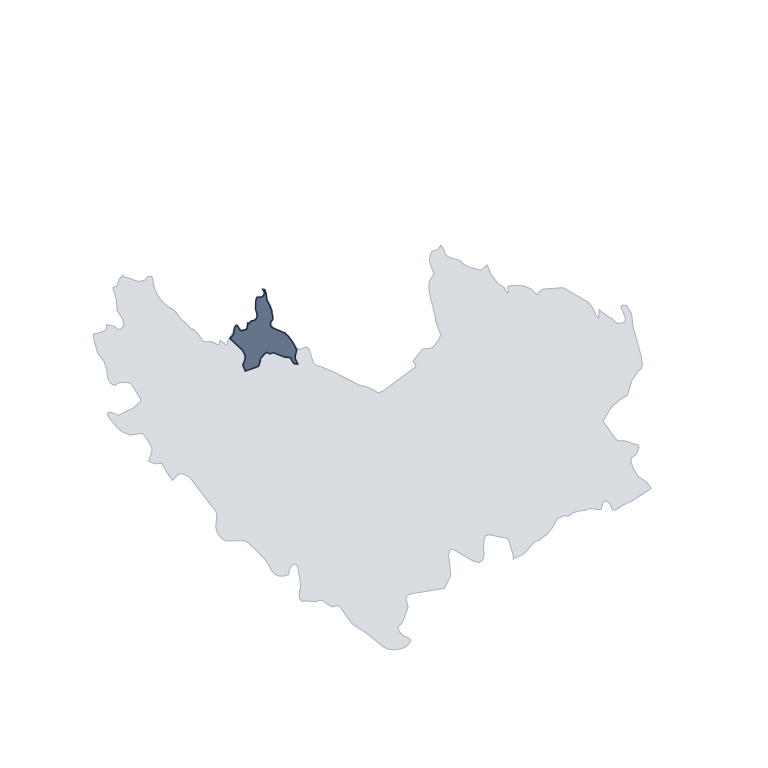 location of Guéckédou within Guinea, rotated 144°
{"feature_id": "GIN-5640", "entity_name": "Guéckédou", "entity_type": "Prefecture", "adm_level": 1, "iso_a3": "GIN", "parent_name": "Guinea", "parent_adm1": "", "projection": "equal_earth", "projection_center": [-10.351, 8.727], "detail": "fine", "context": "in_parent", "style": "filled", "palette": "slate", "viewbox_px": 768, "rotation_deg": 144, "n_neighbors": 0, "source": "natural_earth", "source_scale": "10m", "svg_char_len": 5333}
<svg xmlns="http://www.w3.org/2000/svg" viewBox="0 0 768 768"><g transform="rotate(144 384 384)"><path d="M454.8,512.8L449.8,511.9L447.5,513.2L440.8,523.7L436.7,527.9L430.5,526.6L428.2,527.3L426.6,526.1L428.9,520.3L432.1,508.8L440.3,497.3L440.5,494.9L437.1,488.1L433.6,478.9L433.6,469.0L432.9,461.9L425.6,459.9L424.3,458.7L424.1,456.3L428.2,444.0L428.5,441.5L428.0,439.3L423.5,433.0L416.6,421.4L404.6,397.5L400.1,392.5L395.8,385.2L394.2,380.6L389.7,378.9L347.8,379.2L347.0,385.4L332.6,389.6L323.7,384.8L313.8,387.6L309.0,390.8L305.2,404.7L303.1,407.7L301.0,414.0L299.0,417.4L296.8,424.3L292.1,434.1L287.2,440.4L278.7,443.8L276.1,454.1L274.2,458.0L270.9,461.0L267.4,463.0L260.6,461.0L256.7,462.8L256.1,460.2L258.3,452.0L256.5,447.8L250.0,439.3L249.4,435.2L247.4,429.9L238.7,419.0L230.6,419.7L232.9,410.5L232.8,398.4L230.1,391.8L230.8,385.0L229.3,385.4L226.6,390.1L222.3,388.6L213.4,381.4L209.1,374.4L208.5,368.4L207.6,366.1L204.8,367.3L199.3,367.2L182.5,356.6L170.6,330.0L170.4,323.9L172.2,313.6L171.8,310.8L166.2,317.7L165.2,313.1L161.1,302.4L159.9,296.2L155.9,293.5L152.6,293.0L150.1,295.0L146.8,307.5L144.3,307.5L141.8,304.8L142.4,295.5L148.9,283.8L159.9,254.4L163.8,247.6L166.3,245.3L171.4,245.0L181.4,241.1L193.7,231.9L203.1,232.6L214.2,231.5L228.7,225.2L228.9,205.4L228.4,201.0L223.3,197.1L220.3,193.7L217.8,189.3L214.7,186.2L214.8,182.9L221.2,178.7L227.1,178.8L229.0,177.1L230.5,174.3L232.2,167.2L232.8,159.7L229.0,149.7L229.3,142.5L250.4,143.5L262.0,145.5L271.5,146.1L273.1,147.7L271.7,154.6L272.9,158.7L276.1,159.8L281.5,155.0L284.3,156.1L290.2,162.1L295.7,163.7L301.7,167.0L307.4,168.8L312.4,168.5L316.2,171.9L323.3,173.0L332.4,168.7L339.6,166.8L349.7,166.3L354.9,167.8L370.3,164.3L382.4,166.3L380.5,168.6L374.9,184.4L375.6,187.2L387.8,200.5L390.7,201.5L394.1,199.7L399.4,193.5L403.5,186.8L407.5,183.6L412.2,183.8L416.0,188.5L424.7,208.3L426.9,210.8L429.0,210.8L432.8,207.1L434.7,202.8L442.8,189.7L455.3,183.2L485.1,198.2L489.5,199.3L492.0,198.2L495.7,189.3L507.0,181.7L512.3,179.6L515.4,179.4L516.6,177.0L517.1,173.4L516.5,169.6L513.0,162.9L512.9,160.9L514.9,159.7L519.2,158.7L524.7,159.3L530.9,162.2L536.0,166.4L538.9,171.4L544.5,192.3L550.8,208.7L550.6,230.7L553.4,232.9L556.4,233.9L557.9,235.6L560.9,244.7L563.8,247.3L567.2,247.9L573.7,253.8L577.8,256.1L578.4,257.8L578.3,260.2L576.7,263.3L570.5,269.3L567.4,274.5L561.1,287.0L560.9,289.3L562.3,291.0L564.9,291.3L567.7,290.5L573.5,285.9L578.1,287.5L582.5,291.0L584.2,294.6L584.6,299.3L583.6,305.5L583.4,312.3L585.0,324.0L587.3,335.6L589.6,339.8L604.4,350.1L605.8,354.0L606.5,358.3L605.5,364.2L604.0,367.5L595.9,376.6L594.7,381.0L595.3,389.1L596.0,423.2L599.2,429.0L603.0,431.9L611.9,430.3L611.6,439.8L610.5,450.5L615.7,453.7L618.3,457.0L619.7,460.0L611.6,465.7L609.2,469.0L608.1,477.9L608.4,486.1L619.4,491.9L623.7,498.8L625.6,506.0L626.2,519.5L625.3,522.5L622.4,522.6L616.8,514.4L608.3,513.5L602.0,511.9L591.4,513.0L589.6,515.4L588.4,533.3L591.0,536.4L596.0,539.8L599.3,541.2L602.1,540.8L604.2,543.0L604.6,548.9L603.2,553.2L600.4,557.2L597.0,567.6L597.7,577.1L591.8,592.2L590.1,595.2L582.2,592.2L577.0,591.2L573.3,595.1L568.2,589.1L567.2,584.5L565.3,583.6L561.9,583.5L558.7,586.1L557.3,590.9L556.6,600.6L550.8,609.9L546.8,621.3L542.0,620.3L541.0,621.7L536.0,624.6L531.7,625.5L530.6,622.4L528.1,619.9L525.3,615.1L522.1,611.1L516.0,608.4L513.6,609.6L510.8,609.3L508.9,607.7L509.1,605.4L512.3,599.4L514.1,593.9L515.1,587.9L515.1,582.2L513.4,574.1L510.7,567.7L510.0,564.0L510.3,558.7L509.7,553.8L508.8,551.2L507.5,541.9L505.9,540.2L505.0,532.8L505.2,525.2L502.9,522.3L499.2,520.2L497.0,517.2L495.6,513.8L494.3,512.9L493.2,513.1L492.1,515.1L490.9,515.6L488.7,508.4L487.8,508.2L486.3,509.8L469.2,517.7L467.0,511.0L463.8,509.7L458.1,512.5L454.8,512.8Z" fill="#d9dde1" stroke="#a8b0b8" stroke-width="1"/><path d="M434.5,463.5L434.4,462.9L435.8,461.9L439.5,458.6L440.4,457.4L440.7,457.0L441.4,454.2L442.0,450.8L444.3,452.6L444.7,453.2L445.0,454.1L444.4,459.6L444.5,460.2L444.7,460.6L447.1,463.0L448.1,463.4L454.1,472.8L454.2,473.3L454.3,473.7L454.5,474.0L455.1,474.3L457.8,475.2L458.8,475.8L459.4,476.5L460.0,478.2L460.2,478.5L461.0,478.6L462.5,478.6L467.7,477.5L468.8,477.1L469.7,476.4L470.2,475.9L470.7,475.2L474.1,472.6L474.8,472.2L477.6,472.7L488.6,476.0L487.8,479.6L487.0,482.5L484.1,484.1L481.7,486.0L479.5,488.9L478.7,494.5L481.9,511.5L480.9,511.8L480.6,511.9L479.3,511.9L478.2,512.1L477.2,512.5L476.0,513.3L473.5,516.0L470.8,518.1L469.4,518.4L468.5,518.0L468.2,516.8L468.9,512.7L468.5,511.4L467.5,510.6L463.7,509.3L462.6,509.3L461.5,509.8L459.3,512.7L458.2,513.5L457.6,512.1L456.3,512.7L455.6,512.9L454.9,512.9L454.1,513.0L453.6,512.8L453.0,512.4L451.2,511.6L450.8,511.6L448.8,512.0L447.8,512.5L447.0,513.2L446.2,514.1L445.6,515.4L444.0,519.7L443.2,521.1L439.3,526.2L437.0,528.2L435.7,528.8L435.1,528.6L433.2,527.0L432.2,526.4L430.0,526.3L428.1,527.1L426.8,529.0L426.4,531.9L425.0,530.4L425.7,527.5L427.2,524.5L428.4,522.6L429.4,520.5L430.4,512.8L431.1,512.7L431.2,512.0L431.2,510.9L431.4,509.7L431.9,508.7L432.9,507.4L433.9,504.8L435.0,502.9L436.2,501.5L437.6,501.1L439.1,501.0L440.3,499.8L441.2,498.1L441.7,496.2L438.9,491.1L438.6,490.3L437.6,489.3L434.9,484.5L434.7,484.3L434.2,483.9L434.0,483.5L433.9,483.2L434.0,482.3L434.0,481.9L433.4,479.4L433.3,478.5L433.2,472.0L433.5,469.0L434.5,463.7L434.5,463.5Z" fill="#64748b" stroke="#1e293b" stroke-width="1.5"/></g></svg>